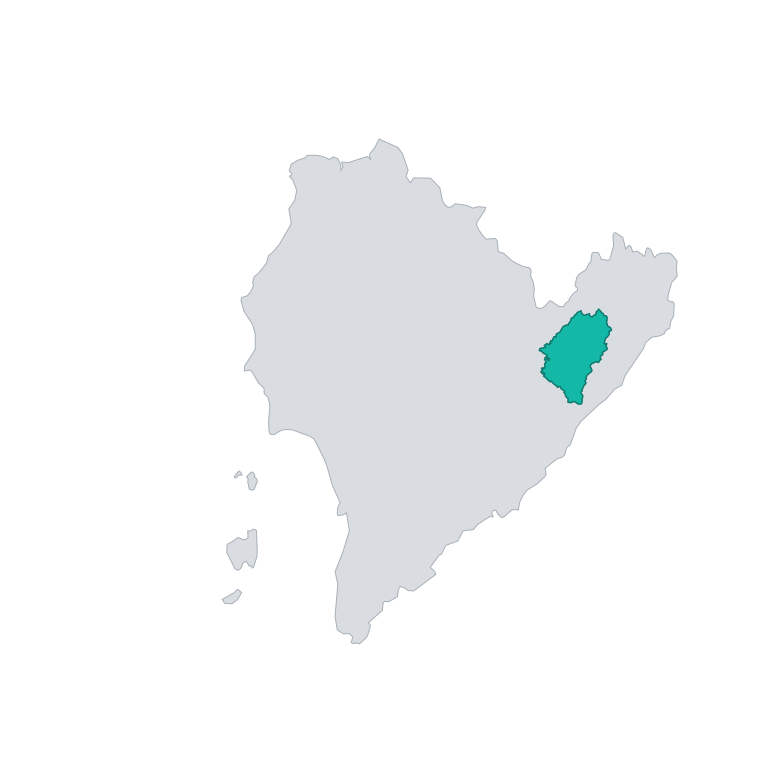 León highlighted on a map of Spain, rotated 125°
{"feature_id": "ESP-5830", "entity_name": "León", "entity_type": "Autonomous Community", "adm_level": 1, "iso_a3": "ESP", "parent_name": "Spain", "parent_adm1": "", "projection": "mercator", "projection_center": [-5.923, 42.635], "detail": "fine", "context": "in_parent", "style": "filled", "palette": "teal", "viewbox_px": 768, "rotation_deg": 125, "n_neighbors": 0, "source": "natural_earth", "source_scale": "10m", "svg_char_len": 7954}
<svg xmlns="http://www.w3.org/2000/svg" viewBox="0 0 768 768"><g transform="rotate(125 384 384)"><path d="M410.6,201.6L410.7,203.5L413.9,207.1L423.5,209.3L426.0,210.8L425.5,215.8L423.2,220.1L425.3,222.0L427.6,221.9L430.4,218.5L431.0,220.7L435.4,222.8L445.1,226.7L451.9,227.3L459.0,235.0L470.4,233.5L480.8,240.9L490.5,239.3L492.6,240.7L507.7,240.9L508.5,234.9L510.3,232.4L536.4,240.9L539.5,246.0L539.0,248.6L540.4,254.6L543.8,254.4L550.7,251.0L559.5,255.2L561.9,258.9L563.7,259.2L570.4,255.5L588.5,259.9L589.2,257.0L590.5,256.2L598.1,253.6L601.2,253.0L610.9,254.9L612.0,258.4L613.9,259.7L614.7,262.6L609.1,264.4L608.4,269.5L611.9,273.8L612.3,281.2L602.6,290.7L574.8,306.8L565.7,316.4L545.1,321.3L523.7,328.4L511.0,341.0L514.3,342.0L518.1,346.3L516.8,348.2L511.2,351.2L506.3,352.0L497.0,367.6L484.1,383.5L479.4,390.7L469.3,409.2L469.3,414.6L474.2,432.9L477.1,437.7L481.0,441.7L488.6,445.1L490.5,448.5L487.9,451.7L480.3,457.4L467.2,465.0L461.6,471.1L460.4,476.9L456.5,479.5L455.1,487.6L449.8,498.9L449.5,501.8L453.5,505.9L449.5,508.4L429.3,509.4L416.8,518.2L410.5,525.9L404.8,540.3L397.9,548.8L394.9,550.3L390.2,546.6L384.3,546.1L378.6,547.3L375.6,550.2L370.9,551.9L366.3,550.5L356.4,549.7L352.0,549.8L345.2,552.2L339.3,550.6L329.3,549.8L307.7,551.7L305.0,552.6L295.4,562.3L285.0,562.5L275.6,566.4L269.2,575.7L268.0,580.7L266.1,579.5L264.7,579.9L263.9,583.7L257.4,586.1L250.1,583.0L244.0,578.4L240.8,578.1L235.6,570.8L233.4,566.2L231.8,561.3L231.7,557.8L227.0,555.8L225.9,551.2L229.3,545.2L233.7,541.9L229.6,542.2L226.6,546.0L222.7,539.9L207.0,527.9L207.9,523.6L205.2,526.8L203.4,527.7L195.4,527.1L186.2,528.6L182.3,508.2L184.7,501.0L195.0,486.9L201.5,484.9L204.1,477.7L198.2,478.0L188.7,463.9L191.2,450.8L200.6,440.9L202.2,436.8L202.5,433.2L200.7,430.6L195.5,429.1L190.2,418.6L189.0,412.1L184.6,408.4L181.0,401.9L184.2,400.9L197.7,400.8L200.9,399.2L203.4,394.8L206.0,387.5L206.6,383.1L201.3,376.8L201.1,375.5L201.8,373.4L210.0,366.3L208.3,361.0L209.7,349.9L209.0,343.4L208.1,338.1L205.3,331.2L207.1,328.3L211.4,325.9L214.8,320.3L219.8,315.5L226.3,311.7L233.9,303.3L232.7,299.6L230.1,297.4L220.7,295.8L220.1,294.1L220.1,285.0L217.7,281.3L214.3,281.8L209.1,280.2L207.8,281.2L201.2,280.9L196.5,279.2L194.6,280.6L194.0,283.9L186.3,287.2L181.9,287.1L174.7,284.2L166.6,285.2L165.6,284.5L158.6,288.2L156.3,288.3L153.4,283.8L157.2,277.3L153.9,271.0L151.8,270.8L138.8,275.4L131.3,281.4L128.3,282.2L127.3,281.1L126.9,272.6L134.8,263.4L129.8,262.8L130.0,260.2L133.2,256.0L129.9,252.8L130.0,243.6L122.9,246.6L121.1,246.1L121.0,242.4L125.3,235.0L120.7,234.1L117.3,231.3L113.0,225.2L113.0,222.0L115.3,214.4L121.4,210.9L127.5,205.6L135.8,206.6L148.2,202.2L152.5,199.9L152.3,196.7L150.9,194.3L152.1,192.1L162.2,185.8L168.3,185.1L174.5,181.9L178.6,184.0L182.3,183.3L186.4,185.7L191.9,191.3L200.0,193.5L206.4,191.8L239.2,191.3L248.5,188.5L255.8,192.0L269.8,193.6L278.2,196.4L301.5,201.2L309.9,201.2L326.8,196.6L331.4,197.7L338.2,195.4L341.5,195.9L345.7,199.2L360.6,203.6L364.5,199.8L367.4,199.0L378.1,201.3L388.9,206.0L394.5,206.3L402.8,205.1L410.6,201.6ZM608.2,395.2L612.1,396.9L616.1,395.4L618.2,395.9L620.4,396.7L620.9,400.0L612.2,416.1L605.3,420.5L598.4,417.1L594.4,416.2L593.2,414.9L592.2,409.7L590.4,408.1L587.8,407.3L582.4,411.4L580.8,408.7L578.2,408.2L577.2,406.5L577.3,404.4L593.8,391.8L598.6,389.0L608.8,385.8L610.3,386.3L609.0,388.2L610.4,390.0L608.2,395.2ZM655.0,388.6L653.4,393.1L641.1,387.1L637.1,386.4L636.1,385.5L636.5,381.0L644.8,380.3L651.4,382.6L655.0,388.6ZM540.2,440.3L538.8,443.4L532.7,442.3L531.3,441.0L532.7,437.5L534.4,437.0L534.5,434.5L536.4,431.9L545.0,429.9L546.9,431.6L547.4,434.1L542.2,439.6L540.2,440.3ZM546.2,452.9L545.3,453.6L538.6,453.0L538.5,450.9L539.9,448.0L542.3,450.9L546.1,451.4L546.2,452.9Z" fill="#d9dde1" stroke="#a8b0b8" stroke-width="1"/><path d="M286.5,210.9L286.9,211.0L287.3,211.1L288.0,211.7L289.1,213.6L289.0,216.6L289.1,217.2L289.3,218.1L289.6,218.5L290.0,218.8L291.6,219.7L291.8,220.1L292.1,220.6L292.9,221.3L293.0,221.7L293.3,223.1L292.0,223.7L290.8,224.5L290.4,225.3L289.9,228.0L289.5,228.5L288.5,229.3L288.2,229.9L287.8,231.6L286.8,231.5L286.5,231.6L286.4,231.9L286.3,232.3L286.3,236.0L286.0,236.6L285.2,237.8L285.1,238.2L285.3,238.6L285.6,238.9L286.9,239.7L287.2,240.1L287.1,240.5L286.7,241.2L286.5,242.0L286.6,244.6L285.8,248.8L286.9,249.2L286.9,250.2L285.9,256.6L286.0,257.6L283.5,258.0L283.2,260.0L284.7,259.5L284.2,262.3L282.3,262.6L280.9,262.2L280.7,263.8L279.9,263.5L278.7,261.5L277.9,261.7L277.5,262.0L276.5,263.1L275.6,263.8L274.6,264.1L273.6,263.6L273.2,263.7L272.9,264.0L272.4,264.8L272.0,266.1L271.9,266.3L271.8,266.5L271.7,266.5L271.6,266.4L271.4,266.4L270.9,266.6L270.0,267.2L269.5,267.2L268.3,266.2L268.0,266.1L267.2,266.7L266.9,267.7L267.3,271.0L266.9,273.8L267.4,276.0L265.5,276.6L261.6,273.0L260.7,273.0L260.3,274.8L257.4,273.7L257.6,272.7L257.4,272.2L256.7,271.3L256.2,271.0L255.2,270.7L255.3,271.8L252.7,272.1L252.2,270.9L248.9,271.8L247.6,271.7L247.1,270.6L246.7,270.1L246.3,270.1L246.1,270.3L245.9,270.7L245.8,270.8L245.6,270.9L245.1,270.9L244.9,271.0L244.4,271.4L244.2,271.5L240.6,269.7L234.3,270.2L233.8,270.1L232.7,269.2L231.2,268.6L230.8,268.2L230.3,267.3L230.0,267.0L229.6,267.1L228.8,267.4L225.3,267.3L222.8,268.3L221.5,267.4L220.1,267.1L217.8,267.2L216.6,266.6L216.2,266.5L214.8,266.7L214.2,266.5L211.1,264.6L211.6,264.1L212.2,263.1L212.6,262.5L212.8,262.1L212.9,261.8L212.9,261.4L212.9,260.6L212.9,260.2L213.0,259.8L212.8,259.3L212.2,258.7L210.8,257.8L208.8,256.1L209.1,256.0L209.3,255.8L209.6,255.4L209.8,255.0L209.9,254.5L210.0,253.6L210.1,253.2L209.6,252.0L206.7,251.2L206.0,250.7L205.6,250.5L205.1,250.5L204.3,250.8L203.9,251.0L203.7,251.2L203.7,251.3L203.1,251.5L201.4,251.1L199.6,251.0L199.9,250.0L199.9,249.0L200.0,248.6L200.7,247.0L200.7,246.4L200.6,244.9L200.8,244.4L201.1,244.1L201.5,243.9L201.8,243.5L201.9,243.2L201.7,242.8L201.5,242.5L201.2,242.1L201.0,241.7L200.8,240.9L200.9,240.4L201.1,240.0L201.6,239.4L201.7,239.2L202.9,238.7L203.8,237.8L204.2,237.7L204.5,237.8L204.9,237.8L205.3,237.6L205.7,237.2L206.6,236.0L207.9,234.4L208.1,233.9L208.3,233.3L208.2,232.9L207.9,231.5L208.0,230.8L208.7,230.0L208.8,229.6L208.9,229.1L209.3,228.6L210.6,228.9L211.3,229.2L211.6,229.8L211.9,229.8L212.3,229.6L212.6,229.3L212.9,228.9L213.2,228.6L213.6,228.3L214.4,228.1L215.1,228.0L217.0,228.0L217.5,228.1L217.8,228.2L218.1,228.4L219.9,228.5L220.4,228.5L221.8,227.9L222.3,227.8L224.5,226.7L224.6,226.3L224.6,225.9L224.4,225.7L223.7,225.4L223.4,225.2L223.2,224.9L223.2,224.6L223.4,224.4L224.5,224.4L225.4,224.1L225.7,224.0L225.8,223.7L225.8,223.4L225.9,223.1L226.1,222.8L226.3,222.4L226.5,222.1L226.7,221.7L227.8,221.2L228.5,221.3L228.9,221.6L229.2,221.9L230.0,222.1L230.5,222.1L232.3,223.0L233.0,223.2L233.4,223.1L233.5,222.9L233.7,222.1L233.9,221.9L234.4,221.7L235.4,221.9L236.5,222.4L237.0,222.5L237.5,222.5L238.3,222.1L238.6,221.7L238.7,221.3L238.8,220.9L238.9,220.6L239.2,220.4L241.2,220.8L241.7,220.8L242.9,220.6L243.4,220.8L243.6,221.2L243.7,222.0L243.8,222.3L244.0,222.7L244.2,223.0L245.2,223.6L245.7,224.0L246.2,224.4L246.7,224.5L246.9,224.8L247.9,225.2L248.2,225.4L248.6,225.5L250.2,225.6L250.8,225.5L251.3,225.4L251.6,225.0L251.8,224.7L251.9,224.4L252.0,224.1L252.0,223.9L252.1,223.7L252.2,223.4L252.4,223.1L252.7,222.8L252.9,222.4L253.0,222.1L253.2,221.8L253.6,221.5L254.2,221.3L255.2,221.3L255.8,221.3L256.9,221.9L257.8,222.1L258.4,222.1L259.3,222.3L259.6,222.5L259.9,222.7L260.3,222.8L260.8,222.8L261.7,222.4L262.5,222.5L262.8,222.4L263.0,222.1L263.2,221.8L263.3,221.5L263.5,221.2L265.7,221.1L266.1,221.0L266.5,220.9L266.8,220.5L267.1,219.3L267.5,219.1L268.0,219.0L270.1,219.3L273.9,218.8L276.0,217.8L276.4,217.7L276.8,218.0L277.2,218.1L277.7,218.0L278.3,217.4L278.6,217.0L278.9,216.1L279.0,215.7L279.1,215.3L279.5,214.5L279.9,214.2L280.6,213.8L282.1,213.4L283.3,212.7L284.0,212.1L286.1,211.0L286.5,210.9ZM269.6,265.0L270.3,264.6L270.3,263.5L270.0,262.4L269.2,262.6L268.5,263.2L268.5,264.2L268.9,264.9L269.6,265.0Z" fill="#14b8a6" stroke="#0f766e" stroke-width="1.5"/></g></svg>